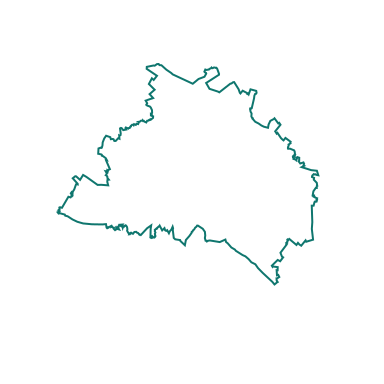 Dolores Hidalgo Cuna de la Independencia Nacional, Guanajuato, Mexico, rotated 49°
{"feature_id": "50627088B75403273518894", "entity_name": "Dolores Hidalgo Cuna de la Independencia Nacional", "entity_type": "district", "adm_level": 2, "iso_a3": "MEX", "parent_name": "Mexico", "parent_adm1": "Guanajuato", "projection": "mercator", "projection_center": [-100.949, 21.105], "detail": "fine", "context": "isolated", "style": "outline", "palette": "teal", "viewbox_px": 384, "rotation_deg": 49, "n_neighbors": 0, "source": "geoboundaries", "source_scale": "gbopen_adm2", "svg_char_len": 5996}
<svg xmlns="http://www.w3.org/2000/svg" viewBox="0 0 384 384"><g transform="rotate(49 192 192)"><path d="M67.9,144.0L69.3,145.4L81.3,142.2L82.3,147.4L79.9,147.7L82.2,153.7L90.3,153.1L90.3,159.8L95.6,159.7L92.6,167.0L95.6,167.6L96.2,169.3L97.4,169.1L99.9,167.7L101.2,167.7L104.0,168.5L106.1,170.2L106.5,171.4L106.0,171.7L107.3,172.8L108.0,172.5L108.2,171.9L108.7,172.1L109.4,171.7L110.5,172.8L110.4,175.7L109.7,175.8L109.9,176.9L109.4,177.3L109.5,178.1L108.8,179.1L109.5,180.9L107.5,181.8L106.8,181.7L106.4,182.4L105.5,182.2L105.6,182.5L104.7,183.8L104.7,185.2L104.0,186.3L104.4,186.2L105.4,188.1L104.1,189.0L104.5,190.4L102.8,191.2L103.3,192.2L102.8,192.2L102.0,193.0L102.0,194.8L102.5,195.1L102.3,196.1L102.8,197.0L102.1,198.0L102.3,198.5L99.9,199.6L100.1,200.3L101.7,200.7L100.2,203.3L97.6,203.2L97.0,203.6L96.8,204.6L101.2,207.5L102.2,208.7L101.9,209.8L101.6,209.9L104.2,211.8L103.0,212.4L103.4,216.1L102.5,217.1L100.7,216.6L100.0,217.0L98.9,218.6L97.0,217.7L93.2,219.9L94.0,223.1L96.0,226.9L98.1,229.0L99.4,231.0L99.2,231.6L98.7,231.6L97.8,234.0L101.6,237.7L104.3,235.7L105.0,235.7L105.5,236.2L106.6,235.6L109.9,234.9L111.7,235.3L111.1,235.6L111.1,235.9L120.9,239.0L120.4,240.8L121.3,242.2L120.1,242.0L120.6,242.8L120.3,242.7L119.8,243.3L120.3,243.6L120.1,243.7L122.1,244.1L122.6,245.3L123.2,245.6L123.1,245.9L124.0,245.7L125.0,245.9L125.8,246.6L128.1,246.7L127.9,247.0L126.9,247.2L127.7,248.2L128.8,249.3L132.0,250.9L127.1,255.7L124.7,258.6L111.3,261.8L107.7,263.0L109.4,268.5L104.1,269.2L103.5,269.8L103.4,273.0L110.8,272.9L111.3,273.3L110.1,274.0L110.2,274.6L112.8,279.2L113.6,281.9L115.0,283.4L113.2,283.1L113.5,284.3L115.7,284.3L115.5,285.0L117.2,285.2L116.1,285.6L116.4,287.2L114.5,288.4L118.6,300.5L116.9,301.6L116.7,302.3L118.1,303.2L118.1,304.4L118.7,304.0L119.7,304.5L119.1,306.7L120.8,306.8L121.4,305.6L125.6,302.8L126.7,303.2L128.7,301.8L134.3,300.2L139.2,298.1L144.3,294.8L150.7,288.7L157.7,280.9L159.8,278.0L162.8,279.8L163.7,279.8L164.1,278.5L163.7,278.1L164.0,277.8L164.7,274.9L165.4,275.1L165.6,275.5L165.8,275.0L166.8,275.1L167.7,274.4L168.4,275.2L170.3,275.1L170.5,273.7L169.5,272.9L170.5,272.8L172.4,271.6L171.5,271.4L171.3,271.9L170.3,271.9L169.6,271.4L170.4,271.0L170.2,270.3L169.3,269.3L169.7,268.4L169.2,268.2L170.3,266.7L170.2,268.3L171.0,268.0L170.5,267.4L171.5,266.2L172.3,267.5L172.9,267.4L173.5,267.7L173.1,267.0L173.6,266.3L173.3,265.0L173.8,264.5L173.6,264.0L173.9,263.8L175.4,263.9L176.5,264.4L177.7,265.2L178.7,266.4L181.1,266.9L181.4,266.7L182.2,266.9L182.3,266.5L182.7,267.2L182.9,266.9L182.5,266.7L182.6,266.1L183.0,266.0L183.2,265.5L182.9,264.6L184.8,264.0L184.4,261.7L185.5,260.2L186.7,260.2L187.5,259.6L189.4,259.7L189.3,259.4L190.9,258.9L189.9,249.6L190.4,244.7L192.8,247.5L199.1,253.2L200.0,252.9L200.1,252.4L199.3,252.6L199.6,251.7L198.9,251.5L199.0,251.1L200.7,251.6L201.1,250.7L201.0,249.8L201.7,249.9L201.7,249.7L201.3,248.5L199.2,247.5L198.6,246.2L197.2,245.8L196.8,245.2L196.2,244.9L196.2,242.8L196.6,242.8L196.7,242.3L196.4,242.1L196.2,241.5L196.2,239.6L196.5,239.6L196.6,239.2L196.3,238.5L201.4,239.7L201.2,236.5L203.3,237.4L204.4,237.0L204.5,235.8L208.0,236.5L207.1,234.6L206.8,232.2L205.5,229.4L207.0,230.1L207.9,231.3L214.7,235.9L216.7,235.7L220.5,232.5L221.3,232.9L227.5,232.3L224.2,228.1L223.5,222.9L222.6,219.2L221.9,218.3L222.2,217.6L221.6,216.4L221.7,215.0L221.0,213.0L221.1,211.5L220.7,210.2L221.2,209.6L226.8,208.0L230.5,208.4L233.6,210.6L235.2,212.5L237.7,213.7L238.3,213.0L239.1,213.2L239.4,211.7L240.3,210.3L248.0,203.9L249.8,198.0L252.1,199.1L254.1,198.7L259.7,198.7L263.6,197.4L265.1,197.5L272.8,195.2L275.6,193.9L279.8,193.3L284.0,193.3L288.1,191.6L292.7,192.1L299.5,191.7L312.6,190.3L315.9,190.4L316.0,187.6L315.8,187.3L316.1,186.4L314.2,186.1L312.7,184.9L313.0,184.6L313.4,181.9L311.1,181.3L310.6,182.5L306.5,179.4L307.2,178.7L304.9,176.6L301.2,179.9L301.3,180.3L300.0,180.1L299.5,171.9L302.1,170.9L301.1,166.1L299.8,166.5L295.9,165.1L293.8,155.3L293.4,155.2L293.4,154.3L292.3,154.3L292.3,153.2L292.1,153.2L291.6,151.5L290.6,151.5L290.5,151.1L291.3,151.0L291.2,149.4L300.5,147.9L299.9,145.4L302.1,145.4L304.2,144.8L303.0,138.0L304.5,138.4L307.4,131.9L298.5,125.8L293.7,121.0L280.9,110.6L282.1,109.2L280.0,106.2L279.9,105.4L280.5,105.0L280.4,104.7L280.9,104.2L279.9,102.7L279.4,102.9L278.8,101.7L276.9,102.7L275.7,102.5L276.0,103.0L275.2,103.3L274.6,102.3L273.9,102.9L274.1,103.3L273.9,103.4L271.1,99.9L270.1,95.9L270.8,95.2L269.5,94.1L269.1,93.5L269.3,93.3L266.9,91.8L262.6,92.0L261.4,90.6L259.4,91.6L259.1,91.3L258.5,90.4L258.4,88.4L259.0,88.2L259.5,87.3L260.5,87.0L262.2,85.7L257.9,83.8L253.7,87.7L245.2,92.9L245.8,90.3L245.1,90.6L244.3,88.9L242.8,88.5L241.5,91.6L238.7,91.4L238.7,90.6L236.5,88.6L234.9,89.5L235.0,90.1L234.5,90.6L235.5,90.8L236.4,92.5L235.6,92.5L233.8,93.6L233.6,93.1L232.3,93.2L231.6,92.5L231.8,92.3L231.3,92.3L231.2,91.0L231.8,90.8L231.9,90.4L231.5,89.5L230.4,89.1L229.1,88.1L227.6,87.6L223.6,89.6L222.4,91.1L221.9,90.9L221.1,90.1L220.3,88.4L219.5,88.0L219.9,85.7L219.2,85.4L218.8,84.6L212.5,86.0L213.1,89.1L212.7,89.2L209.8,89.5L203.4,88.7L203.5,89.8L200.8,89.4L199.3,81.1L197.0,80.8L196.9,81.9L190.5,81.4L190.6,82.3L189.7,86.2L191.3,89.9L193.4,92.5L189.9,94.9L187.3,96.0L184.0,96.8L180.5,98.2L176.9,98.2L176.3,97.7L175.8,97.8L175.8,98.1L173.9,97.6L171.8,95.5L169.8,95.1L167.4,93.7L167.1,93.1L168.0,92.4L168.0,92.0L162.0,83.7L160.2,81.7L159.4,80.0L159.9,79.1L159.5,78.2L157.8,77.2L152.9,80.5L155.5,85.2L154.6,85.1L154.7,85.7L154.2,85.9L154.0,85.3L148.8,87.3L149.4,90.8L148.5,90.8L145.0,89.4L136.7,88.1L136.1,89.0L136.0,91.0L135.4,92.0L134.7,106.0L133.3,106.5L125.6,111.1L119.0,109.8L121.2,94.7L120.6,94.1L115.4,92.1L114.2,92.1L113.8,92.8L113.2,93.0L112.4,93.8L112.1,95.2L111.4,95.8L110.9,95.7L111.0,96.9L110.5,98.0L110.7,98.8L109.3,101.1L108.3,101.6L109.3,103.7L110.0,103.8L111.3,103.3L112.0,103.6L113.2,107.0L111.0,112.9L110.8,120.4L90.6,129.4L88.6,129.6L82.9,131.1L76.3,131.9L74.9,133.3L73.5,133.2L72.5,134.5L72.2,137.3L71.3,138.0L67.9,144.0Z" fill="none" stroke="#0f766e" stroke-width="2"/></g></svg>